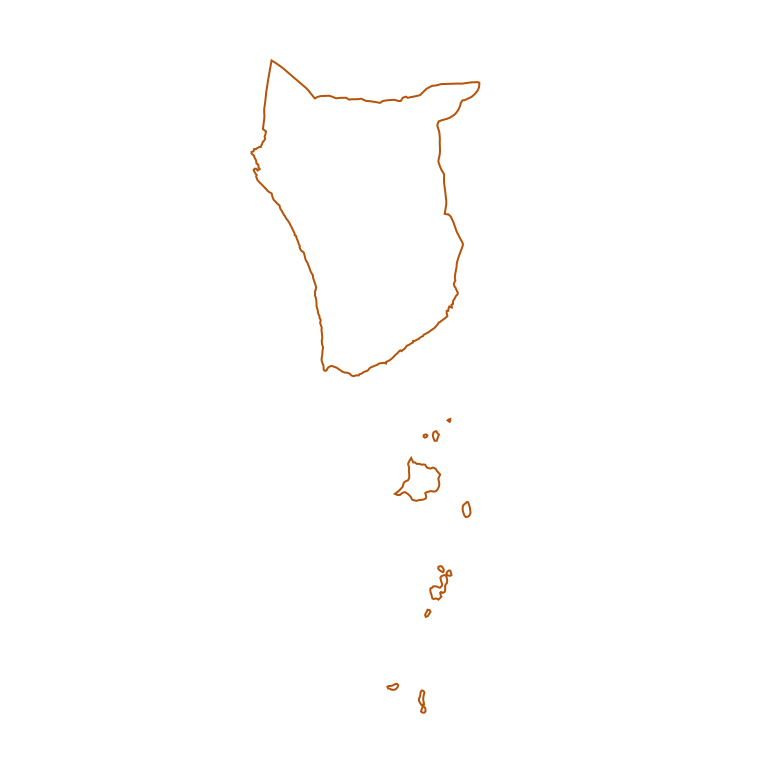 Kaeb, Kep, Cambodia, rotated 356°
{"feature_id": "14789045B37370397224280", "entity_name": "Kaeb", "entity_type": "district", "adm_level": 2, "iso_a3": "KHM", "parent_name": "Cambodia", "parent_adm1": "Kep", "projection": "natural_earth1", "projection_center": [104.317, 10.472], "detail": "fine", "context": "isolated", "style": "outline", "palette": "amber", "viewbox_px": 768, "rotation_deg": 356, "n_neighbors": 0, "source": "geoboundaries", "source_scale": "gbopen_adm2", "svg_char_len": 6141}
<svg xmlns="http://www.w3.org/2000/svg" viewBox="0 0 768 768"><g transform="rotate(356 384 384)"><path d="M270.9,168.1L272.0,171.7L273.9,174.2L276.3,176.8L281.1,182.8L282.7,184.4L285.2,186.1L286.0,190.8L286.9,192.6L288.7,194.8L289.9,196.4L292.3,198.7L292.4,200.3L292.8,201.8L293.6,203.2L296.1,208.5L297.1,209.9L297.6,211.5L299.2,213.8L301.0,217.0L301.7,218.9L302.5,220.6L305.4,227.8L305.3,229.4L306.7,230.2L306.9,232.2L308.3,236.3L308.7,238.4L309.7,240.6L309.3,242.0L310.0,243.9L311.1,245.7L312.4,246.4L313.3,247.8L314.5,254.7L316.1,257.8L317.8,263.3L318.3,265.5L319.1,267.6L319.9,269.3L320.7,270.6L320.5,272.4L323.1,282.6L322.3,285.7L321.5,286.8L321.6,289.4L321.3,291.2L321.9,292.8L322.2,294.4L322.3,296.2L322.3,299.9L322.1,301.4L323.2,306.9L323.2,308.8L324.4,312.0L324.3,313.6L325.2,315.5L325.1,317.2L324.5,318.5L325.9,323.7L325.4,325.2L325.7,332.7L325.5,334.9L324.9,336.3L325.0,340.2L325.6,342.3L325.7,344.0L325.0,346.3L324.5,350.4L324.2,352.0L323.6,353.8L323.4,356.4L324.9,361.7L324.8,365.5L326.1,366.8L327.5,366.5L328.8,364.4L329.9,363.4L331.3,362.7L332.7,362.3L334.5,362.9L338.0,364.5L343.1,368.6L345.5,369.8L347.5,370.1L349.6,370.7L351.2,372.1L352.1,373.2L353.3,373.8L355.1,374.0L356.6,373.4L359.4,373.7L360.3,372.5L362.3,372.1L365.0,370.5L368.4,369.6L369.5,368.7L370.4,367.5L371.7,366.7L373.1,366.0L374.4,365.8L377.2,364.7L378.6,364.5L379.9,363.5L381.2,363.1L385.6,362.9L387.5,363.6L387.7,362.1L391.1,360.8L394.0,358.9L397.7,355.5L400.0,353.9L401.0,352.7L402.6,351.6L403.8,352.5L405.0,351.3L406.5,350.7L408.2,349.0L409.3,347.5L410.5,347.0L411.8,346.7L413.3,345.7L415.8,344.6L416.1,343.0L417.5,343.2L419.0,342.6L420.3,341.8L421.6,341.7L422.6,340.6L425.0,339.3L426.4,338.9L427.1,337.6L430.9,336.0L438.2,331.7L441.2,328.8L442.2,327.7L442.9,326.4L444.2,326.1L445.4,325.2L448.0,323.6L451.9,320.9L451.8,319.4L451.4,317.3L451.7,315.4L453.2,315.5L453.5,313.6L454.6,311.2L457.0,312.4L456.9,309.6L458.4,308.9L458.6,306.2L460.5,303.6L461.9,301.2L463.5,299.9L464.1,298.3L463.4,296.9L462.0,292.8L461.0,291.5L460.7,288.7L462.4,285.6L462.0,283.2L462.6,279.8L464.6,272.0L464.9,269.3L465.7,266.6L467.9,261.0L471.7,252.8L472.3,251.1L472.5,249.5L467.9,239.0L467.0,236.6L464.4,227.0L462.2,221.5L460.1,219.3L457.8,219.0L456.4,218.5L458.6,209.3L458.9,206.0L458.5,196.3L458.0,188.2L458.0,185.5L458.6,178.9L456.5,175.0L455.7,172.9L454.3,168.4L453.8,165.8L454.2,163.7L455.5,159.2L456.2,155.2L456.4,147.4L456.8,143.7L456.8,137.8L456.6,135.7L455.7,132.3L455.2,129.6L456.3,126.9L457.2,125.7L460.1,124.9L464.8,124.0L468.1,123.0L472.7,120.5L474.1,119.4L476.2,117.1L478.0,114.5L479.5,111.5L480.1,109.1L482.1,106.5L484.1,106.5L491.4,103.7L494.9,101.0L497.3,98.4L498.6,96.6L499.4,94.7L499.9,92.4L500.1,90.0L498.2,89.4L492.0,89.2L482.9,89.8L477.1,89.4L462.1,88.8L456.6,89.8L452.7,89.9L447.0,92.5L440.0,98.4L434.4,99.3L430.6,99.7L427.7,100.2L425.9,98.9L422.8,99.7L420.5,102.8L418.4,102.8L414.2,101.2L406.9,101.2L402.6,101.6L399.7,103.3L392.7,101.5L385.5,100.2L381.2,97.8L378.3,98.1L371.3,97.7L369.1,97.9L366.1,95.8L360.8,95.5L356.0,95.6L352.0,93.6L349.2,92.6L341.0,92.4L338.2,92.8L334.9,94.3L327.8,84.2L304.8,61.5L298.6,56.4L294.4,53.4L289.6,72.6L286.9,84.5L285.1,94.8L283.7,101.2L283.4,104.9L283.4,107.8L283.2,110.3L281.0,121.2L283.9,123.8L283.0,127.1L282.1,129.2L282.6,130.9L281.2,133.1L279.9,134.1L279.3,135.8L278.4,137.2L277.7,138.9L276.3,138.8L273.5,140.1L272.4,140.9L270.8,140.5L270.1,142.8L268.1,143.2L267.9,144.8L270.4,147.5L270.6,149.1L272.0,152.0L272.2,155.2L273.9,156.6L274.0,159.1L275.0,160.9L272.8,162.2L271.8,160.4L270.0,160.2L268.8,161.5L270.6,165.3L271.6,166.7L270.9,168.1ZM407.8,464.4L405.9,459.7L404.5,461.9L403.6,462.9L402.5,465.3L402.6,466.9L403.3,468.8L402.7,472.7L402.9,476.4L402.5,479.7L401.1,481.8L398.4,482.7L396.7,484.1L395.3,488.0L391.1,491.9L387.2,494.4L389.4,495.5L391.1,495.9L392.6,495.6L393.9,494.4L395.6,493.6L397.6,493.4L400.4,495.6L401.4,496.7L402.7,498.3L404.0,501.3L405.2,501.9L408.4,502.8L410.8,502.2L414.2,502.2L415.9,501.8L417.6,501.1L418.2,499.8L418.1,498.2L417.5,495.8L418.8,495.0L422.8,494.1L424.4,494.3L425.8,494.8L428.5,494.5L429.8,493.2L431.2,491.0L431.9,489.5L432.2,487.4L431.6,482.2L433.7,478.2L431.0,474.8L429.9,472.6L428.1,471.1L426.8,470.8L424.7,471.6L421.6,470.8L420.3,469.4L419.5,467.4L417.5,467.0L416.2,467.2L415.0,466.6L413.1,466.1L411.2,466.0L409.3,464.3L407.8,464.4ZM430.8,590.0L431.6,588.2L432.8,587.0L433.3,585.0L433.3,583.4L432.9,581.0L432.3,579.2L430.5,578.9L428.0,579.6L426.7,581.1L427.0,583.5L428.1,588.0L427.6,589.4L425.8,591.1L424.4,590.8L422.5,589.7L420.6,589.3L418.9,589.4L417.8,590.6L416.0,591.2L415.8,592.7L415.9,594.9L416.5,596.9L417.3,601.3L418.8,602.0L420.6,601.5L422.2,602.1L423.3,602.9L426.4,600.2L425.8,598.5L425.5,596.2L426.6,595.4L427.8,596.5L429.7,595.9L430.7,594.1L430.8,590.0ZM458.4,522.2L459.9,521.3L461.2,519.0L461.3,517.5L461.1,513.4L460.1,509.3L459.4,507.6L458.2,507.6L456.6,509.1L455.3,509.8L454.1,511.3L453.7,515.0L453.8,516.5L454.5,518.8L454.8,520.4L456.3,522.5L458.4,522.2ZM400.3,707.3L401.6,706.5L401.1,701.2L401.5,698.8L402.0,696.9L402.8,694.8L402.2,693.2L400.6,692.3L399.5,693.1L398.9,694.6L398.6,696.5L397.7,699.2L396.8,700.5L396.8,702.5L398.2,705.4L398.9,706.7L400.3,707.3ZM432.7,444.2L433.5,442.2L435.3,438.3L433.9,436.8L433.0,434.8L431.2,435.0L429.9,436.0L429.2,438.2L429.1,439.8L430.5,444.2L432.7,444.2ZM377.2,685.5L376.1,684.0L374.6,684.1L371.6,685.3L369.7,685.7L367.7,685.6L366.3,686.2L366.8,687.9L368.4,688.4L370.5,689.6L372.7,689.8L374.3,689.3L375.4,688.5L376.5,687.1L377.2,685.5ZM430.7,573.8L430.3,572.3L428.9,570.0L427.3,569.6L425.6,570.1L425.2,571.8L426.0,573.2L428.6,575.3L430.0,575.7L430.7,573.8ZM400.3,707.3L399.5,709.9L398.6,711.7L398.1,713.3L399.4,714.5L401.6,714.6L402.5,713.5L402.7,711.8L402.6,710.3L400.3,707.3ZM411.6,618.5L414.5,614.5L413.6,612.7L411.7,612.2L410.9,614.0L409.6,615.8L408.9,617.3L409.4,619.2L411.6,618.5ZM438.0,579.3L437.8,577.8L437.1,574.9L435.9,574.5L434.4,575.3L433.1,577.1L433.8,579.2L436.7,580.0L438.0,579.3ZM422.7,439.9L423.7,438.4L422.8,437.4L421.4,437.3L420.1,437.8L419.8,439.3L421.0,440.4L422.7,439.9ZM447.6,425.1L447.7,423.5L446.4,423.8L444.9,424.7L446.8,426.4L447.6,425.1Z" fill="none" stroke="#b45309" stroke-width="2"/></g></svg>